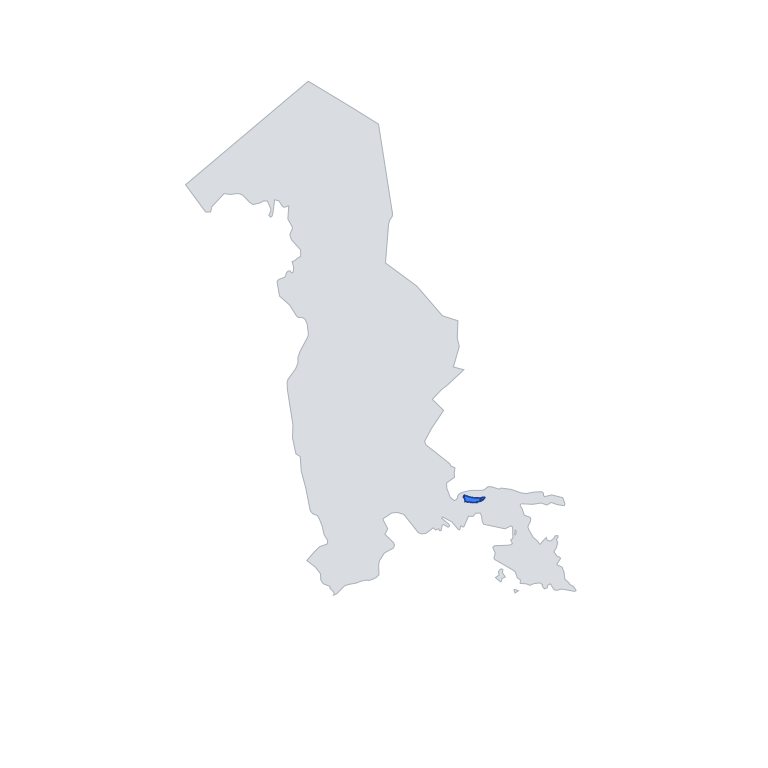 Kuyichirchik, Tashkent, Uzbekistan (highlighted), rotated 41°
{"feature_id": "79887680B71620655639392", "entity_name": "Kuyichirchik", "entity_type": "district", "adm_level": 2, "iso_a3": "UZB", "parent_name": "Uzbekistan", "parent_adm1": "Tashkent", "projection": "orthographic", "projection_center": [68.959, 40.953], "detail": "fine", "context": "in_parent", "style": "filled", "palette": "blue", "viewbox_px": 768, "rotation_deg": 41, "n_neighbors": 0, "source": "geoboundaries", "source_scale": "gbopen_adm2", "svg_char_len": 5599}
<svg xmlns="http://www.w3.org/2000/svg" viewBox="0 0 768 768"><g transform="rotate(41 384 384)"><path d="M583.2,357.8L593.5,352.5L599.3,355.8L599.8,357.7L593.6,361.5L587.9,363.7L586.3,368.5L580.7,370.7L575.1,377.3L566.3,384.2L566.1,385.6L566.9,386.7L569.9,387.4L575.9,391.0L581.6,388.8L583.0,389.2L584.5,391.4L586.2,397.4L588.8,398.9L597.1,401.9L603.3,401.8L606.4,402.9L606.9,402.4L607.1,393.4L609.7,394.8L612.5,393.6L613.5,389.1L612.8,386.1L614.8,384.4L615.9,385.5L616.1,388.2L619.2,389.9L621.5,394.3L622.3,399.3L628.1,400.5L630.1,399.4L631.7,399.9L632.7,406.4L633.6,406.8L638.5,405.4L643.3,407.9L648.5,412.6L654.2,412.7L655.5,413.5L659.5,412.5L664.3,413.7L664.5,414.4L663.7,415.6L652.8,422.0L649.8,426.3L647.4,427.7L640.6,425.7L639.6,428.3L640.9,430.7L639.4,433.4L635.9,432.6L635.2,431.3L631.8,432.1L628.0,436.5L626.2,440.2L622.6,441.4L617.6,445.1L615.4,442.3L611.8,442.8L606.9,440.0L604.5,439.6L582.9,443.8L581.2,443.3L578.8,438.5L573.3,436.0L573.5,433.6L584.4,423.3L585.7,420.2L581.9,418.6L582.5,415.9L575.2,408.0L573.9,407.5L572.9,407.9L570.3,413.9L551.3,424.4L548.5,423.4L544.1,419.6L541.3,418.3L537.9,421.5L538.1,425.4L534.5,428.4L537.8,438.9L537.5,440.2L535.0,440.6L536.8,444.5L535.3,445.0L526.0,443.5L515.3,445.9L515.6,447.5L525.2,447.2L526.5,448.0L526.7,449.3L526.2,450.1L521.1,451.0L520.6,452.6L523.3,457.2L522.0,458.2L520.2,457.4L518.8,460.3L515.5,460.2L513.7,469.1L511.0,472.3L507.4,473.7L484.5,469.4L478.5,472.1L474.5,476.1L471.8,485.8L472.0,486.9L481.8,490.8L483.3,496.8L495.2,497.5L497.2,498.4L498.2,499.9L498.7,501.6L495.2,511.2L496.4,519.8L498.3,523.7L505.4,531.3L505.0,535.4L503.4,539.1L501.4,542.3L499.2,543.6L496.2,547.6L493.5,552.6L488.3,559.1L486.6,562.7L485.9,573.3L484.5,576.5L484.3,575.2L482.4,574.0L477.1,573.6L476.1,572.2L469.2,574.6L464.9,573.4L460.6,568.9L452.2,567.2L441.6,567.9L441.5,556.9L442.2,548.8L445.9,542.5L445.9,541.3L444.1,539.0L437.8,537.1L430.5,531.8L423.7,528.2L419.8,527.0L415.4,528.7L411.4,528.0L393.6,514.1L378.5,503.9L368.4,493.7L363.4,494.5L350.3,484.7L342.2,474.7L314.9,451.7L309.7,446.2L308.5,443.5L307.3,430.4L305.2,424.3L301.8,420.8L299.2,414.4L295.7,398.9L294.3,396.0L286.4,388.9L281.7,386.9L278.1,387.7L275.9,390.0L273.1,390.0L261.1,386.3L247.6,386.2L236.5,377.3L235.9,376.0L236.1,373.8L238.9,368.9L238.7,366.7L237.4,364.1L237.6,361.5L238.9,360.2L241.0,360.9L241.9,360.1L241.7,358.7L239.3,355.2L234.3,351.8L235.6,349.9L236.3,345.0L237.4,342.6L236.8,341.6L233.1,337.5L220.1,335.9L217.2,334.6L214.9,332.9L213.0,327.1L211.9,325.7L203.2,322.5L195.2,312.0L192.9,316.0L191.1,316.6L184.3,314.7L180.6,316.8L187.8,327.5L189.3,330.6L189.0,332.4L186.5,332.4L184.9,327.5L183.6,326.0L175.9,322.4L172.9,325.0L171.7,328.6L167.4,334.5L163.2,335.0L153.5,334.1L150.4,335.1L148.2,336.6L143.8,341.6L138.4,345.3L137.7,363.1L140.3,367.9L136.6,371.2L103.5,363.8L128.2,205.2L175.7,196.9L209.4,191.5L278.6,249.8L280.2,252.0L280.8,256.4L282.4,260.1L305.7,291.7L344.5,288.6L383.3,294.2L398.3,287.8L409.2,301.3L416.2,306.3L425.2,325.6L434.9,320.9L432.5,343.5L431.1,350.4L430.5,363.9L446.3,364.8L449.1,386.8L452.3,400.7L455.7,402.4L486.0,401.0L488.3,402.0L492.6,400.7L495.3,405.1L498.4,408.1L496.1,417.6L499.8,421.5L508.2,426.0L513.5,425.9L514.4,424.3L514.2,422.1L512.9,419.7L513.1,416.9L513.9,414.8L519.0,407.6L527.2,400.5L529.1,397.9L529.8,393.4L532.7,390.9L539.7,388.0L540.7,385.7L549.3,380.0L558.9,376.3L563.3,373.3L567.5,367.8L573.6,361.9L575.9,361.8L577.6,363.5L579.1,363.7L583.2,357.8ZM582.2,411.7L581.0,408.9L579.5,407.9L578.8,408.3L581.2,411.8L582.2,411.7ZM601.7,456.9L595.1,457.0L596.2,452.7L593.7,450.7L593.2,448.6L593.7,446.6L595.3,445.9L597.3,448.8L602.2,450.1L600.7,453.1L602.0,456.3L601.7,456.9ZM621.1,451.9L620.0,455.8L617.1,454.1L617.5,453.1L621.1,451.9Z" fill="#d9dde1" stroke="#a8b0b8" stroke-width="1"/><path d="M534.7,403.6L534.2,403.4L533.9,403.8L533.7,404.1L533.4,404.3L533.3,404.5L533.1,404.6L532.8,404.8L532.6,404.9L532.6,405.0L532.5,405.3L532.3,405.4L532.2,405.6L532.2,405.8L532.0,406.1L531.9,406.2L531.8,406.5L531.6,406.8L531.4,407.0L531.2,407.1L531.1,407.3L530.8,407.4L530.6,407.7L530.3,407.8L530.0,407.9L529.9,408.0L529.6,408.2L529.5,408.3L529.4,408.6L529.2,408.7L529.0,408.8L528.8,408.8L528.7,408.9L528.4,409.2L528.4,409.4L528.2,409.6L528.2,409.8L527.6,410.0L527.3,410.2L527.0,410.5L526.7,410.7L526.5,411.0L526.2,411.3L525.7,411.4L525.2,411.5L524.8,411.7L524.6,412.0L524.4,412.3L524.1,412.4L523.7,412.6L523.4,412.7L523.2,412.8L522.9,412.9L522.7,413.0L522.0,413.4L521.9,413.5L521.5,413.7L521.0,413.8L520.7,413.8L520.3,413.9L520.3,414.0L520.1,414.1L519.9,414.2L519.6,414.4L519.4,414.5L519.2,414.7L519.0,414.8L518.9,414.8L518.6,414.9L518.4,414.9L518.2,414.9L517.9,414.9L517.5,415.1L517.6,415.5L517.6,416.0L517.6,416.5L517.8,416.8L517.9,416.6L518.1,416.4L518.4,416.3L518.5,416.3L518.6,416.5L518.6,416.8L518.4,417.0L518.4,417.3L518.6,417.5L519.0,417.5L519.3,417.5L519.7,417.6L520.0,417.7L520.4,417.9L520.6,418.1L520.7,418.3L521.1,418.5L521.5,418.6L521.9,418.8L522.0,419.1L522.1,419.4L522.2,419.6L522.4,419.3L522.6,419.1L522.9,418.8L523.3,418.6L523.8,418.6L524.2,418.6L524.5,418.5L525.0,418.1L525.2,417.7L525.4,417.2L525.6,417.0L525.7,416.8L526.0,416.7L526.3,416.7L526.7,416.7L527.0,416.7L527.3,416.3L527.3,416.1L527.5,415.9L527.8,415.7L528.3,415.7L528.6,415.4L528.9,415.1L529.5,414.5L530.2,413.8L531.3,413.0L532.0,412.4L531.6,412.1L531.4,411.9L532.5,410.9L533.1,410.0L533.7,409.3L534.1,408.9L533.9,408.7L533.6,408.8L533.1,408.5L532.8,408.7L532.5,408.6L532.5,408.0L533.0,407.2L533.5,407.1L533.7,406.8L534.1,406.9L534.3,407.2L534.6,407.2L534.8,406.6L534.8,405.3L534.7,404.0L534.7,403.6Z" fill="#3b82f6" stroke="#1e3a8a" stroke-width="1.5"/></g></svg>